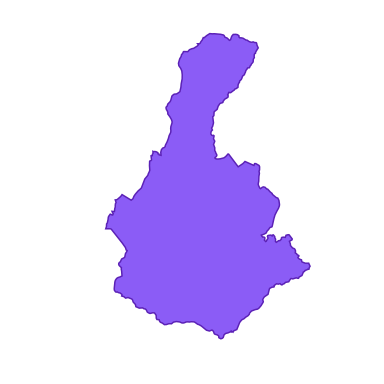 San Francisco, Cundinamarca, Colombia (Mercator projection), rotated 166°
{"feature_id": "7082276B70253343693819", "entity_name": "San Francisco", "entity_type": "district", "adm_level": 2, "iso_a3": "COL", "parent_name": "Colombia", "parent_adm1": "Cundinamarca", "projection": "mercator", "projection_center": [-74.284, 4.953], "detail": "fine", "context": "isolated", "style": "filled", "palette": "violet", "viewbox_px": 384, "rotation_deg": 166, "n_neighbors": 0, "source": "geoboundaries", "source_scale": "gbopen_adm2", "svg_char_len": 6021}
<svg xmlns="http://www.w3.org/2000/svg" viewBox="0 0 384 384"><g transform="rotate(166 192 192)"><path d="M96.9,311.2L96.9,311.6L95.7,313.1L92.9,315.8L93.4,318.7L93.3,320.7L93.6,321.4L95.3,322.0L96.4,322.9L97.5,322.8L98.6,323.1L100.3,324.3L101.8,326.0L102.9,326.4L105.3,328.9L107.0,329.7L108.3,330.0L109.0,331.2L108.6,332.0L109.7,333.6L111.4,334.4L113.9,334.9L115.8,333.5L117.8,330.4L119.0,330.1L120.5,332.7L122.6,334.3L123.0,336.1L123.6,336.8L126.1,338.1L132.2,340.2L133.9,340.5L136.4,341.4L140.0,340.2L143.0,338.7L143.7,339.1L145.3,337.0L146.9,335.8L148.1,334.4L149.0,334.1L150.7,334.5L150.2,333.3L151.4,332.4L155.7,331.0L157.3,331.1L160.0,330.7L162.1,329.2L166.1,330.3L166.4,330.2L167.3,329.0L169.1,327.6L169.6,326.3L171.7,324.2L174.0,320.2L174.2,317.7L173.1,314.8L172.6,312.0L173.1,308.2L174.2,304.1L176.3,299.6L177.4,296.4L179.4,292.4L179.8,292.1L182.5,291.1L183.4,290.9L185.2,291.2L186.2,291.1L187.9,290.2L188.3,289.9L190.1,286.6L191.2,285.1L194.2,283.2L195.3,281.4L196.6,280.6L196.9,279.8L196.9,278.0L196.5,277.2L196.2,275.1L196.6,273.6L195.3,270.4L194.4,267.2L194.3,265.1L194.7,263.8L196.7,260.5L197.4,258.5L197.7,256.4L198.3,254.9L200.5,252.3L202.0,249.6L204.0,246.7L206.6,243.7L207.0,242.6L208.1,241.9L209.8,241.7L211.4,240.5L212.7,238.1L213.2,235.1L214.9,236.0L214.9,236.9L215.8,237.3L215.6,238.4L216.2,239.0L217.3,239.9L219.1,240.5L219.7,240.4L220.1,240.8L220.5,238.8L221.4,238.1L221.7,236.9L223.0,237.0L223.5,232.9L224.2,232.4L225.4,232.3L225.7,232.0L226.9,227.8L227.7,223.3L228.7,221.8L229.9,220.4L230.9,218.8L234.6,216.1L239.9,208.5L240.5,207.9L244.0,206.1L247.5,203.6L249.3,202.0L251.0,199.7L253.0,198.8L260.5,206.4L262.3,204.9L266.0,203.0L266.9,202.7L268.4,202.9L268.2,200.1L269.1,199.2L269.7,197.6L270.1,196.0L270.9,194.7L272.0,191.8L274.3,192.6L274.0,190.8L273.6,190.1L274.5,188.9L275.1,189.0L276.2,190.1L276.7,190.3L278.7,188.6L279.3,187.8L280.2,185.4L281.7,182.4L282.6,181.7L283.4,179.1L284.6,177.2L279.9,176.0L279.2,175.2L272.0,159.3L270.0,154.1L269.9,151.6L269.1,150.9L269.7,150.0L271.4,148.4L273.0,145.1L273.6,144.7L276.5,144.0L278.5,141.5L279.4,141.3L280.3,140.5L280.6,139.7L280.5,138.4L278.8,135.6L279.3,134.4L279.4,132.4L280.2,127.5L282.4,127.0L284.4,126.9L285.4,126.6L286.1,126.3L287.7,124.9L288.6,123.3L290.8,117.2L291.1,115.6L290.5,113.9L289.9,113.2L288.7,113.1L287.8,112.2L286.1,111.3L284.8,109.6L284.9,108.9L285.4,108.1L283.4,106.9L282.1,105.1L279.6,105.1L276.3,102.7L275.8,101.7L275.7,99.5L274.1,96.5L274.2,94.3L271.3,92.1L267.9,91.5L267.0,90.4L265.5,89.7L264.9,88.7L264.4,86.3L263.5,85.3L262.1,84.3L259.2,84.3L257.6,83.7L256.6,81.0L257.2,78.2L256.9,76.8L254.8,76.0L254.7,74.5L254.2,73.3L252.4,71.9L250.9,70.0L249.1,69.6L246.3,69.8L243.7,69.1L241.5,70.2L238.6,70.1L235.4,68.9L233.5,67.4L232.1,67.0L230.7,67.0L229.2,67.3L227.3,67.0L226.2,66.5L224.1,66.3L221.5,65.5L220.8,65.0L218.6,62.4L217.2,61.5L215.4,59.8L211.4,54.4L208.7,52.9L206.2,53.2L205.5,52.8L204.9,51.3L204.7,49.2L204.2,48.5L201.9,47.1L200.9,45.7L201.2,44.3L201.1,44.0L199.5,42.6L198.0,42.7L196.9,43.3L195.4,45.7L193.6,46.6L191.0,46.6L188.4,47.1L188.0,46.7L187.8,46.9L188.0,47.1L187.7,47.5L187.5,47.1L187.2,47.2L186.9,46.8L186.9,46.6L186.4,46.5L186.1,46.1L185.4,46.9L184.6,47.3L181.8,47.7L177.3,53.9L175.1,55.6L174.1,56.1L172.4,56.4L170.1,57.6L167.6,58.4L166.0,59.5L165.4,60.6L163.1,62.1L159.3,62.6L156.6,62.5L155.0,63.2L152.5,65.0L149.6,67.9L149.3,68.6L149.5,70.3L147.9,72.2L146.8,72.9L143.0,74.3L140.5,79.0L139.9,79.7L137.4,80.3L135.5,80.0L135.1,80.4L135.0,81.3L132.2,82.5L130.5,81.7L128.7,81.8L127.9,80.5L127.2,80.1L125.6,80.7L124.4,80.8L123.3,81.7L119.9,81.5L117.7,83.6L116.8,84.1L115.2,83.3L111.6,83.5L110.1,82.6L109.5,82.5L108.7,83.5L105.5,84.4L103.2,87.5L102.0,87.7L101.4,88.5L99.2,88.7L98.4,89.1L97.7,88.8L97.2,88.8L96.4,90.4L95.4,91.4L96.0,94.7L99.3,95.5L102.0,97.4L102.3,97.8L102.2,99.7L104.0,100.9L105.1,102.6L105.0,103.1L103.8,103.9L103.7,104.5L105.1,105.7L105.5,107.0L106.5,107.8L106.5,108.2L105.8,109.7L106.0,111.5L106.5,112.3L108.0,113.4L109.4,116.3L109.1,117.9L109.4,120.6L106.5,121.4L106.1,122.2L108.1,126.9L109.0,127.3L111.2,127.3L112.5,125.4L114.3,126.1L115.8,126.2L116.5,125.6L116.6,124.7L118.3,123.6L119.8,123.8L122.4,122.8L123.0,123.8L122.3,126.0L122.7,127.7L122.5,128.7L123.4,130.7L124.0,130.8L124.9,130.0L125.8,131.1L128.2,131.4L129.1,131.3L129.6,130.6L129.4,129.0L129.6,128.5L131.0,127.3L131.8,126.3L132.5,126.1L133.4,127.8L132.7,128.7L132.4,130.2L133.1,130.9L134.4,131.2L135.2,133.1L135.2,133.4L132.6,133.6L130.1,134.2L128.3,136.2L127.1,136.8L125.3,138.4L124.9,138.7L123.0,138.8L122.5,139.3L119.0,146.3L117.0,149.7L114.2,153.0L112.1,155.2L110.6,157.4L110.1,158.8L109.7,162.8L110.2,165.3L111.7,166.3L114.3,169.9L114.6,170.3L114.6,171.2L116.0,173.0L117.9,176.5L118.8,176.9L120.0,178.9L121.5,179.7L122.6,179.6L124.7,178.7L125.2,179.2L125.8,181.7L125.9,183.6L124.7,186.2L123.3,191.0L122.1,193.7L121.9,195.9L121.1,197.1L120.3,200.1L120.5,201.5L123.2,204.1L124.4,204.4L125.5,202.8L133.2,208.8L135.6,207.3L141.1,205.3L147.2,219.7L147.8,220.2L150.8,218.2L152.8,217.4L156.8,217.4L158.9,217.7L160.2,218.1L161.4,218.9L161.4,219.8L160.1,220.4L159.2,221.2L159.0,221.8L159.0,222.6L159.4,223.8L159.5,225.4L159.9,226.8L159.2,229.4L159.6,232.9L157.7,235.6L157.7,236.3L158.3,238.3L157.0,241.1L157.4,241.8L158.4,241.8L159.1,242.3L159.6,243.5L159.5,244.6L158.6,246.3L157.2,247.2L157.5,249.3L156.1,250.7L154.4,253.9L153.7,259.9L152.3,260.8L151.3,264.0L150.9,264.6L147.6,266.1L145.9,268.9L143.7,270.9L143.1,271.2L140.7,271.3L140.3,271.5L140.0,272.3L138.1,273.9L136.8,274.5L135.9,274.6L134.2,275.3L133.6,276.6L133.9,277.7L133.3,278.1L132.4,279.6L132.0,279.8L131.1,279.1L130.3,279.1L127.0,280.5L126.5,280.6L125.3,281.6L124.2,281.6L122.1,282.4L121.3,284.9L120.3,286.3L119.5,286.8L118.9,288.2L117.2,289.1L116.4,289.9L114.9,292.2L112.7,293.2L112.5,293.9L111.4,295.0L110.3,296.9L108.9,297.9L108.4,298.7L108.0,298.9L106.2,298.7L104.9,300.4L104.1,300.8L103.4,301.8L101.5,303.1L100.9,304.2L100.8,304.8L100.3,306.1L99.0,307.3L99.0,308.1L98.3,310.4L97.7,311.0L96.9,311.2Z" fill="#8b5cf6" stroke="#5b21b6" stroke-width="1.5"/></g></svg>